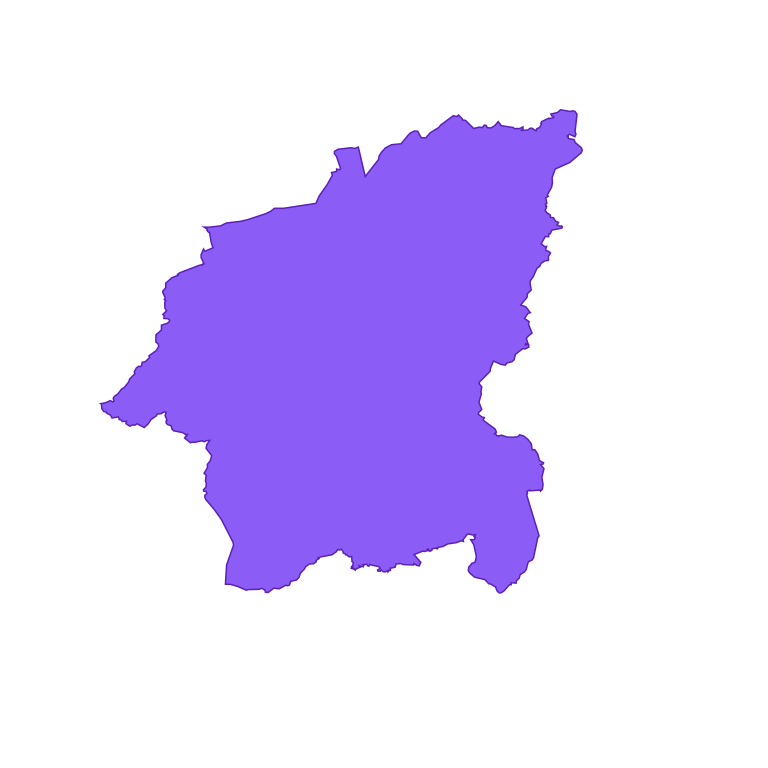 outline of Mazamitla, Jalisco, Mexico, rotated 250°
{"feature_id": "50627088B5705266503054", "entity_name": "Mazamitla", "entity_type": "district", "adm_level": 2, "iso_a3": "MEX", "parent_name": "Mexico", "parent_adm1": "Jalisco", "projection": "natural_earth1", "projection_center": [-103.078, 19.891], "detail": "fine", "context": "isolated", "style": "filled", "palette": "violet", "viewbox_px": 768, "rotation_deg": 250, "n_neighbors": 0, "source": "geoboundaries", "source_scale": "gbopen_adm2", "svg_char_len": 6171}
<svg xmlns="http://www.w3.org/2000/svg" viewBox="0 0 768 768"><g transform="rotate(250 384 384)"><path d="M177.0,400.0L171.5,403.0L165.7,411.9L160.3,414.2L159.8,415.6L155.2,419.4L150.9,419.5L148.4,420.6L147.7,422.5L148.4,425.8L152.4,433.1L151.9,434.9L153.8,435.3L151.7,440.1L153.9,441.2L155.1,444.4L158.3,446.8L159.3,451.6L161.1,454.3L166.6,458.0L167.7,459.4L168.0,463.1L169.6,465.1L186.8,475.8L188.3,477.8L230.7,480.1L232.1,481.5L234.0,481.5L234.6,484.3L233.7,484.6L230.9,494.5L229.8,494.4L230.9,496.8L235.2,499.1L242.3,500.4L249.8,505.4L254.6,503.5L254.4,506.0L255.3,507.0L258.9,503.9L265.6,504.5L270.8,503.2L271.6,500.7L277.5,502.0L283.1,500.1L287.3,497.5L289.9,494.1L288.6,491.5L290.0,486.7L292.0,481.6L295.7,477.0L296.0,473.7L297.0,472.2L299.3,471.9L299.5,471.2L300.2,473.2L303.7,473.0L314.8,465.6L316.6,464.9L317.9,466.8L318.5,466.5L319.4,464.8L323.3,462.3L324.7,463.1L326.6,467.1L334.4,467.0L341.7,472.3L343.1,472.2L347.9,474.9L352.0,473.4L353.4,474.8L359.6,488.0L362.2,489.3L368.1,494.7L362.4,500.7L360.2,504.5L361.7,506.7L361.2,511.9L362.3,514.6L366.9,517.6L369.8,526.6L368.7,528.4L369.1,532.7L371.6,533.4L372.6,530.2L373.5,531.0L372.1,533.1L378.0,533.3L379.5,535.4L381.2,540.5L390.6,540.2L393.0,541.7L397.5,538.4L401.1,543.4L401.0,545.9L407.9,543.7L411.5,539.5L416.6,548.2L419.8,549.7L421.9,554.4L429.3,555.9L431.1,557.0L433.8,560.9L440.3,567.2L441.4,570.7L443.7,572.9L444.7,577.5L443.9,580.5L444.6,581.2L447.6,582.1L450.2,585.3L452.7,583.8L453.6,582.0L455.3,582.0L457.7,583.9L458.0,582.1L462.0,579.6L467.4,586.0L466.1,589.1L468.7,590.2L468.3,591.7L471.2,594.3L469.9,602.7L469.8,604.6L470.6,605.4L471.8,604.9L472.2,603.1L474.3,600.9L476.2,603.3L478.4,600.8L482.2,600.2L483.7,597.4L485.9,598.1L489.5,595.4L492.2,594.9L494.1,596.9L495.4,596.8L495.4,597.6L497.9,597.2L498.1,598.8L503.7,599.7L504.2,602.6L505.6,602.2L506.7,603.1L511.5,608.7L515.2,611.0L520.5,612.6L527.5,618.5L528.6,634.3L533.8,648.4L535.8,650.2L538.4,650.3L545.5,646.3L548.7,646.2L551.7,641.1L553.9,641.8L554.2,640.3L555.2,643.7L551.1,648.0L553.1,649.8L555.9,649.9L571.4,657.6L574.9,656.7L576.3,654.5L576.3,652.5L581.3,643.7L579.8,639.8L580.6,633.1L578.5,633.4L577.5,634.8L576.3,634.4L576.9,629.9L577.4,629.8L576.7,622.0L575.4,620.6L574.6,621.0L571.8,618.0L571.6,614.9L569.9,613.5L573.9,610.4L574.3,608.6L573.5,605.8L575.5,599.1L575.3,601.6L578.1,602.5L577.6,599.2L579.4,593.8L580.8,593.2L586.6,582.6L591.5,581.1L588.8,576.2L588.0,572.2L589.5,568.7L591.8,568.6L593.0,566.9L591.3,564.1L592.8,561.5L593.5,555.6L603.8,550.8L605.3,548.0L606.3,548.3L611.3,546.0L610.4,544.0L612.4,540.9L607.9,525.7L606.4,523.5L604.2,513.1L601.0,507.5L602.8,503.2L610.0,502.1L611.3,499.2L610.9,494.9L609.7,492.1L603.9,482.2L606.3,472.9L605.3,465.9L602.4,460.5L599.9,457.4L596.8,455.6L585.4,437.3L615.4,440.9L615.4,437.0L617.4,433.5L620.3,421.1L619.5,417.0L617.6,416.2L614.0,417.2L601.3,416.9L600.6,415.6L602.2,413.0L600.0,412.2L600.6,407.0L597.8,406.9L590.9,398.9L582.8,387.3L577.0,381.9L583.4,349.9L586.6,341.1L585.0,336.5L584.5,331.1L585.1,311.7L586.0,304.4L589.2,290.9L588.5,284.5L591.2,273.2L593.0,268.5L589.9,271.0L589.1,270.2L586.6,271.0L586.3,271.9L575.8,270.0L570.5,269.9L570.0,261.0L572.5,260.6L568.0,256.3L565.2,255.4L558.5,256.0L558.7,254.5L557.8,253.9L558.5,253.2L558.7,250.2L558.4,230.3L557.7,227.5L556.6,227.7L556.4,221.0L553.4,213.3L549.2,211.9L547.0,208.0L545.7,207.4L539.6,207.9L538.5,206.4L536.9,207.4L535.8,205.9L530.4,204.1L527.0,204.6L525.1,200.0L523.2,200.8L520.9,199.6L519.1,203.5L517.3,204.4L515.8,203.1L515.1,200.5L515.4,195.0L510.8,193.2L508.2,186.5L501.4,184.0L499.3,185.3L496.5,185.3L493.3,181.4L490.9,172.8L489.0,172.7L486.6,167.3L487.1,164.2L484.2,162.4L483.7,161.0L484.6,159.5L483.8,156.8L480.8,153.5L478.9,153.4L475.7,146.7L473.2,144.8L469.4,138.4L469.0,135.7L465.6,130.3L464.7,126.6L463.3,124.7L460.0,124.2L460.1,122.8L462.0,121.2L461.6,115.9L462.4,111.1L461.7,111.6L457.2,110.4L453.9,111.3L452.7,113.4L451.6,113.3L448.2,116.4L445.1,116.8L443.9,123.2L441.1,123.1L440.3,124.5L438.3,125.2L437.0,129.3L435.0,127.9L431.3,130.7L431.5,134.0L430.5,135.8L431.1,138.3L425.1,143.8L427.2,148.8L430.4,153.1L431.8,158.8L433.3,160.8L432.3,164.5L433.0,167.6L432.2,169.2L431.5,169.4L429.3,167.5L424.2,167.7L423.6,166.4L421.4,166.0L419.6,167.0L417.8,169.6L413.7,169.4L412.0,170.3L407.2,178.1L404.0,180.8L403.8,181.9L402.5,181.0L402.7,180.0L401.4,178.1L394.9,182.1L395.0,183.9L394.0,185.8L392.9,193.5L391.2,195.3L391.5,197.6L390.6,200.9L387.7,196.8L384.4,194.8L375.7,197.6L371.2,194.4L368.9,190.5L365.8,189.5L361.7,184.4L359.0,185.7L354.1,183.1L351.5,183.1L348.0,181.4L346.3,178.2L345.1,177.9L344.0,180.0L341.6,180.1L340.8,177.7L339.0,176.9L336.4,177.0L324.1,181.6L312.0,184.9L287.0,188.0L284.0,187.5L267.8,174.2L250.1,166.5L248.1,171.4L243.7,177.4L237.3,184.1L237.3,186.0L233.9,196.0L233.6,199.6L230.9,201.6L229.0,201.3L227.7,203.7L229.8,210.6L227.4,215.5L228.5,222.9L227.4,224.5L227.4,226.4L230.5,228.7L229.7,234.7L231.4,238.0L234.7,240.6L237.5,246.2L239.0,247.5L240.4,252.1L239.2,256.3L240.1,259.4L241.5,260.0L242.0,262.5L243.3,262.7L242.4,263.5L243.3,264.7L241.3,276.8L242.7,281.8L244.3,283.9L243.1,285.6L243.4,287.3L240.9,288.3L239.2,287.8L237.7,289.6L236.7,289.4L236.1,290.6L233.6,292.0L232.8,294.6L228.1,293.2L226.8,294.1L223.7,292.3L223.7,291.3L222.1,290.1L221.5,290.7L222.4,291.9L220.6,291.9L220.7,292.6L218.9,293.3L219.8,294.5L220.0,299.1L221.6,298.5L219.3,302.0L220.7,303.2L221.3,302.7L220.6,306.1L218.8,306.4L218.0,307.5L219.2,308.8L214.0,316.8L212.0,317.4L211.5,314.3L210.2,314.4L209.4,316.5L210.1,317.8L207.8,319.2L207.0,320.7L207.4,323.1L206.0,323.3L207.2,324.7L206.5,325.7L207.1,326.6L208.8,326.6L208.0,331.7L210.7,333.8L209.6,338.3L207.8,340.2L203.8,349.9L205.1,350.8L202.6,352.5L201.0,354.8L203.8,357.6L213.4,353.9L213.7,363.4L212.8,364.7L212.5,367.9L213.6,367.8L214.0,368.8L212.9,369.5L212.4,368.2L211.0,370.5L211.6,372.4L212.7,372.7L211.9,377.5L210.9,377.5L211.9,379.6L211.2,383.8L211.9,389.4L210.2,397.5L210.2,403.1L208.9,404.8L210.8,405.2L214.3,411.0L214.2,412.1L211.6,416.0L211.1,418.2L209.9,416.4L208.7,417.5L206.9,415.2L208.1,412.2L202.3,413.4L190.3,411.8L185.3,408.5L185.5,405.5L183.0,401.1L180.0,399.4L177.0,400.0Z" fill="#8b5cf6" stroke="#5b21b6" stroke-width="1.5"/></g></svg>